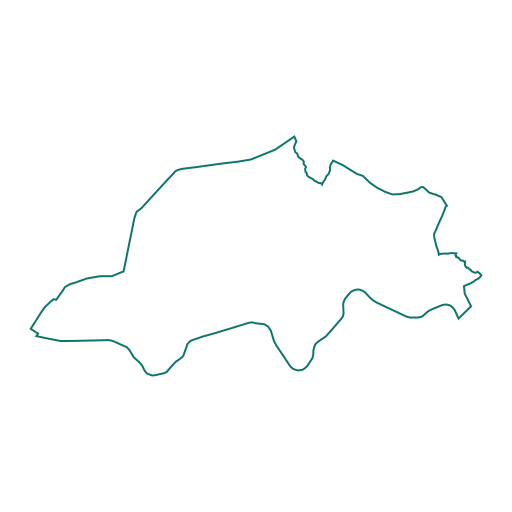 the district of Asokore Mampong Municipal, Ashanti, Ghana
{"feature_id": "2480657B67032672358324", "entity_name": "Asokore Mampong Municipal", "entity_type": "district", "adm_level": 2, "iso_a3": "GHA", "parent_name": "Ghana", "parent_adm1": "Ashanti", "projection": "mercator", "projection_center": [-1.562, 6.712], "detail": "fine", "context": "isolated", "style": "outline", "palette": "teal", "viewbox_px": 512, "rotation_deg": 0, "n_neighbors": 0, "source": "geoboundaries", "source_scale": "gbopen_adm2", "svg_char_len": 3406}
<svg xmlns="http://www.w3.org/2000/svg" viewBox="0 0 512 512"><path d="M294.3,136.6L284.5,143.3L275.1,149.7L250.9,159.5L238.3,161.6L222.2,163.5L195.5,167.2L181.8,168.9L177.9,170.0L175.3,171.2L173.8,173.2L167.4,179.8L141.5,208.1L136.8,211.7L135.9,213.4L135.2,215.8L134.4,218.0L123.6,271.4L111.7,276.2L101.7,276.2L98.8,276.4L91.3,277.7L86.1,278.7L75.4,282.6L70.1,284.1L64.9,287.1L63.0,290.3L56.2,299.8L53.6,299.2L50.1,302.0L47.5,304.7L45.3,306.5L41.9,311.2L30.7,328.8L38.1,333.6L36.4,336.1L45.1,338.0L54.0,339.7L60.3,341.0L68.3,341.0L79.3,340.8L108.0,340.1L110.7,340.4L113.2,341.1L126.7,347.2L129.3,349.8L133.6,357.1L139.8,362.7L142.6,366.4L144.4,370.3L145.7,372.1L147.4,373.7L151.9,375.4L153.7,375.4L156.1,375.0L158.9,374.3L163.5,373.4L164.8,372.8L166.5,372.1L167.4,371.1L172.4,365.3L176.0,361.5L178.0,360.3L181.6,357.6L183.4,355.6L186.7,346.4L187.1,344.8L188.5,342.8L190.3,341.0L192.6,340.0L195.6,339.0L203.6,336.3L214.1,333.4L229.4,328.8L247.4,323.2L249.7,322.6L252.4,322.4L255.5,323.2L264.5,324.3L267.9,326.4L270.8,330.5L272.3,335.4L274.0,341.2L276.6,345.9L283.3,355.8L289.4,365.1L290.9,367.0L293.3,369.0L296.8,370.2L299.2,370.4L302.6,369.7L304.9,368.2L306.8,366.5L307.6,365.4L312.4,358.2L313.2,355.0L313.4,350.5L314.3,346.8L315.1,344.7L316.4,343.1L317.6,342.1L319.2,340.9L325.9,336.4L332.8,328.6L334.0,327.2L341.8,318.2L342.9,316.3L343.6,313.2L343.5,312.3L343.2,304.9L343.4,302.7L344.1,300.8L345.0,299.0L347.5,295.7L351.0,291.8L353.9,290.3L356.1,289.7L357.7,289.5L359.8,289.7L363.2,291.1L364.2,291.8L365.4,292.8L370.4,298.0L372.5,299.8L373.3,300.5L376.2,302.3L385.4,306.7L406.0,316.4L407.9,317.0L408.3,317.1L410.1,317.5L418.2,317.5L421.0,316.9L423.2,315.7L427.7,311.6L429.3,310.6L432.6,309.0L442.7,304.9L445.2,304.6L446.3,304.5L449.1,305.1L450.8,306.0L451.5,306.4L452.6,307.4L454.5,309.7L456.0,312.8L457.4,316.1L458.6,318.5L471.1,306.3L465.4,295.0L464.6,293.0L464.5,292.0L464.4,290.5L464.3,288.9L463.9,286.2L466.3,285.1L471.1,283.1L471.5,282.8L473.5,281.7L475.6,280.0L477.7,279.0L479.6,277.6L481.3,275.3L479.3,273.0L478.7,272.8L477.5,271.7L476.5,272.5L474.7,272.7L473.9,272.3L471.5,271.2L470.6,269.7L469.6,269.4L468.6,268.5L468.1,267.7L467.6,267.7L466.6,267.8L465.7,266.6L465.1,265.6L464.8,264.1L465.1,261.5L463.7,261.4L462.8,260.5L461.1,260.6L460.3,259.9L458.1,257.4L457.1,257.4L456.0,256.8L456.2,255.8L455.5,255.1L456.3,253.4L452.2,253.1L450.6,253.1L447.6,253.7L446.1,253.5L442.8,253.7L440.6,253.8L438.8,254.7L438.4,251.7L436.5,246.5L434.7,239.3L434.3,237.5L434.0,234.5L434.4,233.0L435.3,231.6L439.0,222.7L442.3,215.6L444.4,210.4L445.3,207.7L445.8,206.5L446.9,205.8L442.3,198.5L441.4,197.1L435.7,194.7L435.4,194.3L434.1,194.3L428.9,192.4L425.8,189.3L423.1,187.0L420.7,187.3L418.3,189.2L413.3,191.4L411.3,191.8L405.5,193.0L399.1,194.2L392.2,194.4L385.3,191.9L377.1,187.7L371.0,183.5L370.0,182.8L362.9,175.9L357.2,174.0L353.8,172.0L342.6,165.0L333.1,160.6L331.2,163.6L330.4,165.2L329.9,167.5L330.1,170.2L328.5,174.1L326.6,175.9L325.1,179.4L323.1,182.2L322.1,184.6L321.0,183.2L318.1,182.8L316.7,181.7L314.6,180.9L313.7,179.8L311.7,178.4L309.8,177.5L308.8,177.0L307.1,175.4L306.6,172.8L305.5,172.0L305.1,169.0L306.0,167.0L305.4,165.9L303.9,164.5L303.6,163.4L303.8,162.0L303.6,161.6L303.6,161.2L302.3,159.7L301.9,159.3L301.0,158.9L299.3,157.8L298.3,156.7L297.1,153.5L295.4,152.3L294.4,149.5L294.0,147.2L294.4,145.8L295.4,143.4L296.4,141.5L294.3,136.6Z" fill="none" stroke="#0f766e" stroke-width="2"/></svg>